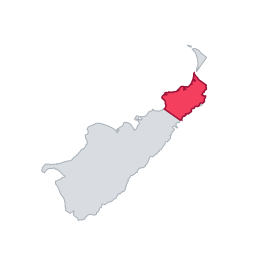 Santa Cruz highlighted on a map of Argentina, rotated 215°
{"feature_id": "ARG-1271", "entity_name": "Santa Cruz", "entity_type": "Province", "adm_level": 1, "iso_a3": "ARG", "parent_name": "Argentina", "parent_adm1": "", "projection": "mercator", "projection_center": [-69.587, -49.195], "detail": "fine", "context": "in_parent", "style": "filled", "palette": "rose", "viewbox_px": 256, "rotation_deg": 215, "n_neighbors": 0, "source": "natural_earth", "source_scale": "10m", "svg_char_len": 8380}
<svg xmlns="http://www.w3.org/2000/svg" viewBox="0 0 256 256"><g transform="rotate(215 128 128)"><path d="M156.6,68.1L155.4,70.4L155.7,71.8L154.5,75.4L154.8,76.1L153.9,77.8L154.2,79.6L153.7,81.4L153.9,83.6L153.6,84.3L152.7,84.5L152.2,87.6L152.9,90.7L152.3,91.3L153.4,93.5L156.9,95.4L158.7,97.4L158.8,98.3L157.8,99.5L157.7,100.6L158.3,102.0L159.2,102.9L160.9,103.5L161.1,105.5L160.8,106.8L157.6,111.6L156.9,113.6L153.9,115.7L146.1,118.2L139.9,119.1L136.4,118.9L134.1,118.0L134.3,120.7L135.5,121.5L134.9,121.5L135.4,122.0L135.1,124.3L134.4,124.7L133.8,126.6L133.8,128.2L134.5,129.6L133.8,130.9L131.2,132.3L128.0,132.6L122.1,130.4L122.4,130.1L122.1,129.9L121.1,130.4L120.7,132.3L121.4,135.2L121.2,137.8L121.5,138.6L123.6,139.6L123.5,140.6L124.2,140.8L125.7,140.5L125.9,139.7L125.1,139.4L127.2,138.7L128.0,139.8L128.0,142.4L127.7,143.2L126.0,143.6L125.6,143.5L124.7,141.6L123.9,141.3L121.6,142.3L121.3,142.9L124.7,144.2L122.2,145.7L120.2,148.2L120.2,152.8L119.7,154.2L118.4,155.4L118.1,156.3L118.6,156.8L118.4,157.7L115.8,157.4L113.9,158.9L112.2,159.4L109.1,164.8L109.5,167.5L113.0,171.4L117.4,172.5L117.9,173.8L117.8,175.3L117.2,176.3L115.6,177.2L117.0,177.2L117.6,178.0L109.7,185.2L108.7,187.4L108.2,191.9L107.6,192.8L105.9,193.7L104.8,192.8L104.0,191.1L104.0,192.4L102.5,192.9L104.3,193.0L105.2,194.1L102.7,195.8L102.0,197.3L101.7,199.4L100.7,200.6L101.4,200.4L102.1,204.6L100.2,204.9L102.6,205.6L105.3,210.4L105.1,210.8L105.0,210.3L97.8,208.1L88.3,207.8L88.3,207.1L86.2,204.5L86.7,202.7L86.3,201.1L86.8,199.7L86.5,198.0L85.7,197.4L82.6,198.4L81.0,193.8L81.1,191.4L80.6,189.8L81.2,187.9L82.7,187.8L83.2,185.7L85.2,184.1L85.2,182.1L86.4,181.0L86.7,180.0L85.7,177.5L86.5,174.8L88.6,172.8L88.4,170.2L89.6,168.9L88.7,165.5L89.9,164.1L89.3,163.3L89.3,161.6L90.5,161.1L91.2,159.2L90.0,157.5L87.9,157.0L87.8,156.1L91.6,156.1L92.1,154.7L91.9,153.9L89.0,153.5L89.0,151.7L89.6,150.5L89.1,149.4L89.3,148.3L88.6,146.7L89.3,146.0L87.4,144.4L87.4,141.7L87.9,141.0L87.6,139.6L89.3,138.3L88.5,135.7L88.7,130.9L88.4,129.7L89.5,127.7L89.0,126.4L89.7,125.5L89.5,123.1L90.3,122.9L91.0,118.8L93.1,117.6L93.6,116.8L92.1,111.7L92.2,109.8L91.9,108.9L92.3,107.8L92.0,106.2L92.6,104.3L94.1,103.5L94.2,102.8L95.7,101.5L95.7,98.4L95.0,96.8L95.8,96.2L96.3,93.8L97.4,91.3L98.3,90.8L98.1,88.0L98.5,85.5L97.2,85.0L97.5,83.2L97.1,82.8L96.8,80.9L96.0,79.2L96.0,78.4L96.4,78.0L95.5,77.3L94.9,75.8L95.0,74.4L95.2,73.4L96.2,72.7L96.0,72.1L96.8,69.2L97.9,69.1L98.4,68.1L97.8,67.5L98.0,65.8L97.5,63.4L98.5,62.2L99.3,58.4L101.6,55.8L103.1,51.7L104.3,51.6L105.6,50.7L104.3,48.0L105.2,46.3L104.3,42.8L104.6,41.5L105.3,40.7L104.5,39.4L104.7,38.3L106.0,37.1L110.2,35.2L111.9,29.8L111.0,28.9L113.3,25.8L114.9,25.3L115.6,23.7L117.8,25.2L121.5,25.2L123.3,25.9L124.7,28.9L126.6,24.8L131.7,24.7L132.7,26.2L134.7,27.8L136.1,30.1L140.3,33.7L145.8,35.5L149.1,38.0L153.0,40.0L155.0,40.5L156.5,42.0L156.8,43.1L155.9,43.9L155.3,45.6L154.2,46.5L153.8,47.5L153.9,48.9L151.8,51.6L151.9,52.5L154.0,52.3L159.0,53.4L161.4,53.3L162.2,53.8L163.5,52.6L165.6,53.1L167.0,50.9L168.4,50.5L169.9,49.0L170.6,47.2L170.9,43.3L171.7,43.5L173.1,43.0L174.3,43.8L175.4,47.1L175.1,50.2L174.6,51.5L173.1,52.2L172.2,53.1L169.9,53.8L168.6,55.5L165.6,57.3L165.8,58.3L164.8,58.2L159.8,64.9L156.6,68.1ZM104.1,230.9L104.2,213.1L106.0,216.5L105.1,216.3L104.8,217.9L106.4,218.3L107.1,220.4L110.5,224.3L115.6,228.2L120.6,229.4L119.2,231.4L114.3,232.3L111.3,231.3L104.1,230.9ZM122.6,230.6L124.1,229.9L127.1,229.8L123.2,231.3L122.6,230.6ZM136.2,120.0L136.1,120.6L135.3,119.7L136.2,120.0Z" fill="#d9dde1" stroke="#a8b0b8" stroke-width="1"/><path d="M88.5,173.0L88.7,172.9L88.8,172.7L88.7,172.4L88.6,172.2L88.2,171.9L88.1,171.7L88.4,171.5L88.5,171.3L88.3,171.0L88.3,170.5L88.4,170.3L88.4,170.1L88.8,169.9L89.2,169.5L89.5,169.4L89.6,169.2L89.6,168.5L89.6,168.2L89.3,167.1L89.3,166.9L89.3,166.3L89.3,166.1L89.2,166.0L88.6,165.5L88.5,165.4L89.1,165.3L89.2,165.2L89.4,164.8L89.8,164.4L109.2,164.4L109.0,165.1L109.0,165.6L109.2,166.7L109.3,167.2L109.9,168.4L110.3,168.8L110.7,168.9L110.8,169.1L111.0,169.2L111.2,169.3L111.3,169.3L111.4,169.5L111.5,169.7L111.8,170.1L112.0,170.2L112.5,170.8L112.8,171.2L112.9,171.4L113.4,171.6L113.5,171.6L113.9,171.6L114.0,171.7L114.3,171.6L114.6,171.8L114.8,171.8L115.0,171.8L115.7,172.0L116.3,171.9L116.5,171.8L116.8,171.8L117.1,172.0L117.4,172.2L117.4,172.3L117.9,172.8L118.0,173.8L118.0,174.2L117.9,174.9L117.4,176.6L117.2,176.6L116.5,176.6L116.2,176.9L115.7,177.2L115.4,177.4L114.8,177.4L115.1,177.5L115.3,177.5L115.6,177.3L116.0,177.2L116.4,176.9L116.6,176.8L116.8,176.7L117.2,176.8L117.4,177.6L117.5,177.7L117.8,177.8L117.7,177.9L117.7,178.0L117.8,178.0L117.5,178.1L117.4,178.0L117.2,177.9L117.0,178.0L116.9,178.1L116.9,178.3L117.0,178.3L117.0,178.5L116.9,178.6L116.9,178.8L117.0,178.9L117.1,179.0L116.9,179.2L116.7,179.2L116.4,179.2L116.2,179.3L116.0,179.5L115.9,179.7L115.5,179.9L115.4,180.1L115.2,180.3L115.0,180.7L115.1,180.9L114.5,180.9L114.4,181.0L114.5,181.1L114.5,181.3L114.3,181.4L114.1,181.4L113.6,181.5L113.4,181.7L113.1,181.8L112.8,182.1L112.7,182.3L112.6,182.6L112.3,182.7L112.0,182.8L111.7,183.0L111.4,183.2L111.3,183.4L111.2,183.7L111.0,183.9L111.0,184.3L110.7,184.5L110.4,184.6L110.0,184.9L109.3,185.7L109.2,185.9L109.1,186.4L108.9,186.5L109.0,186.8L108.8,187.0L108.7,187.2L108.7,187.4L108.6,187.5L108.4,187.6L108.6,187.8L108.3,188.0L108.2,188.3L108.5,188.4L108.7,188.0L108.7,187.8L108.7,187.7L108.8,187.5L108.9,187.4L109.0,187.4L109.0,187.5L109.0,187.9L108.8,188.3L108.6,189.5L108.5,190.5L108.4,191.3L108.3,192.0L108.0,192.6L107.7,192.9L106.8,193.6L106.4,193.8L105.9,193.8L105.5,193.8L105.4,193.5L105.2,193.3L105.0,192.8L104.8,192.6L104.7,192.5L104.6,192.3L104.5,191.9L104.3,191.7L104.1,191.1L103.9,191.0L103.6,190.9L103.9,191.1L104.0,191.2L104.0,191.3L104.3,191.9L104.4,192.2L104.4,192.4L104.2,192.6L103.8,192.7L103.6,192.7L103.3,192.7L103.0,192.6L102.8,192.8L102.7,192.9L102.3,193.0L102.8,193.0L103.0,192.9L103.5,192.8L104.0,192.9L104.4,192.7L104.5,192.8L104.7,193.0L104.7,193.4L104.8,193.5L105.0,193.7L105.2,193.8L105.3,193.9L105.5,194.0L105.4,194.2L105.1,194.4L103.7,195.1L103.4,195.2L103.4,195.3L103.2,195.3L103.0,195.5L102.9,195.6L102.5,196.1L102.0,197.1L102.0,197.4L101.8,198.0L101.7,198.5L101.8,198.8L101.8,199.2L101.8,199.5L101.4,199.9L101.2,200.2L100.7,200.5L100.5,200.8L100.4,201.0L101.0,200.5L101.5,200.3L101.6,200.2L101.6,200.4L101.7,200.5L101.9,201.8L101.9,202.0L102.0,202.2L102.0,202.5L102.1,202.8L102.6,204.2L102.6,204.5L102.5,204.8L102.3,204.7L102.2,204.7L102.1,204.8L101.9,205.0L101.6,205.0L101.1,204.7L100.6,204.6L100.4,204.7L100.0,204.8L99.8,205.0L99.5,205.2L100.5,204.9L101.0,204.9L101.7,205.2L101.6,205.4L101.4,205.6L101.5,205.6L101.9,205.4L102.3,205.1L102.5,205.1L102.7,205.3L103.0,206.2L103.2,206.5L103.6,207.4L103.9,208.1L105.4,210.4L105.5,210.6L105.4,210.7L105.2,210.9L105.2,211.0L105.1,210.9L105.0,210.7L105.0,210.4L104.4,210.2L104.2,210.1L103.3,209.9L102.4,209.4L101.4,209.1L100.1,209.1L97.9,208.1L88.5,208.0L88.3,207.8L88.3,207.5L88.4,207.2L88.2,206.9L87.8,206.3L87.4,206.0L87.2,205.9L86.8,205.7L86.7,205.7L86.6,205.1L86.5,204.8L86.1,204.8L86.0,204.6L86.1,204.4L86.5,204.0L86.5,203.7L86.6,203.4L86.6,202.8L86.6,202.7L86.9,202.3L86.9,202.2L86.5,201.8L86.3,201.6L86.2,201.4L86.2,201.2L86.5,200.7L86.8,200.5L86.9,200.1L86.9,199.5L86.9,199.2L86.5,198.6L86.5,198.4L86.7,197.9L86.3,197.5L85.7,197.4L85.5,197.5L85.2,197.9L84.9,197.8L84.6,197.6L84.4,197.5L83.8,197.9L83.7,198.0L83.3,198.4L83.1,198.6L82.9,198.7L82.7,198.7L82.5,198.3L82.5,198.0L82.5,197.7L82.2,197.3L82.1,197.2L82.1,196.6L82.1,196.1L82.1,195.6L82.0,195.4L81.8,194.9L81.7,194.7L81.4,194.5L80.8,194.0L80.8,193.8L80.8,193.5L81.1,193.1L81.0,192.8L80.6,192.4L80.8,192.1L80.8,191.8L81.1,191.5L81.2,191.3L81.2,191.1L82.4,190.6L83.1,189.6L83.1,189.1L83.0,188.7L82.8,188.4L82.8,187.8L82.9,187.5L82.6,187.5L82.5,187.3L82.5,187.1L82.9,186.6L82.9,186.2L83.0,186.0L83.3,185.5L83.5,185.3L83.7,185.2L84.2,185.2L84.4,185.1L84.6,185.0L85.2,184.3L85.3,184.1L85.4,183.9L85.4,183.6L85.3,182.8L85.2,182.4L85.2,182.1L85.4,181.6L85.8,181.4L86.1,181.3L86.1,181.2L86.4,180.9L86.5,180.9L86.6,180.4L86.7,179.9L86.5,179.1L86.5,178.9L86.3,178.8L86.2,178.8L86.2,178.6L85.9,178.4L85.7,178.2L85.5,177.8L85.7,177.4L85.9,176.6L86.4,175.8L86.5,175.6L86.6,175.0L86.6,174.9L86.4,174.7L86.6,174.3L86.8,174.3L87.1,174.3L87.3,174.2L87.8,173.5L87.9,173.4L88.0,173.2L87.9,172.9L88.0,172.7L88.4,173.0L88.5,173.0Z" fill="#f43f5e" stroke="#9f1239" stroke-width="1.5"/></g></svg>